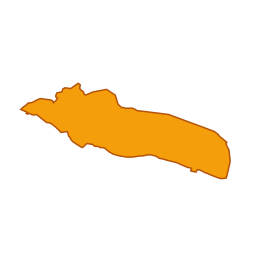 outline of Maiha, Adamawa, Nigeria, rotated 286°
{"feature_id": "59680162B24409102010221", "entity_name": "Maiha", "entity_type": "district", "adm_level": 2, "iso_a3": "NGA", "parent_name": "Nigeria", "parent_adm1": "Adamawa", "projection": "natural_earth1", "projection_center": [13.146, 9.868], "detail": "fine", "context": "isolated", "style": "filled", "palette": "amber", "viewbox_px": 256, "rotation_deg": 286, "n_neighbors": 0, "source": "geoboundaries", "source_scale": "gbopen_adm2", "svg_char_len": 1877}
<svg xmlns="http://www.w3.org/2000/svg" viewBox="0 0 256 256"><g transform="rotate(286 128 128)"><path d="M116.2,19.8L115.8,23.5L115.5,26.1L115.1,27.0L114.0,26.2L113.6,27.6L114.8,28.8L114.5,31.3L114.4,33.6L115.2,35.0L115.6,36.7L114.9,38.5L114.2,40.2L113.2,42.4L110.9,48.2L111.3,52.0L111.1,52.6L109.6,56.8L107.7,60.6L105.3,64.9L107.8,70.5L105.9,72.0L103.8,73.2L102.9,75.2L101.7,75.6L100.8,77.0L99.8,78.3L98.6,81.8L98.2,83.3L97.7,84.9L97.6,85.4L96.8,88.0L96.8,89.8L101.7,92.7L102.5,98.5L101.2,100.9L102.1,104.6L101.5,106.6L102.4,110.5L99.8,116.7L99.4,118.6L98.8,120.8L98.8,122.1L98.8,126.9L99.7,134.9L100.0,135.7L100.9,139.1L102.1,142.2L103.9,146.0L105.4,150.2L106.9,153.0L108.4,156.5L108.7,162.4L107.5,166.5L107.8,169.7L107.8,176.3L108.1,182.2L108.1,184.8L107.2,190.8L106.6,195.7L106.8,198.1L106.7,200.2L104.1,200.1L104.1,202.5L104.4,205.5L107.1,206.1L107.4,208.6L107.1,210.6L106.5,213.4L106.2,215.8L106.2,216.9L106.2,217.9L105.9,218.8L105.4,222.9L105.2,225.6L104.9,229.0L105.1,231.9L107.0,236.2L109.6,236.2L116.1,235.9L117.5,235.8L122.1,235.6L123.8,235.4L126.6,234.5L129.8,233.1L133.2,231.8L134.2,231.2L135.5,230.4L137.3,228.6L137.9,227.9L140.6,226.4L141.5,226.9L144.4,220.3L144.6,219.3L146.9,215.9L148.0,213.0L148.5,211.3L150.2,189.9L150.5,184.9L152.2,163.4L149.9,148.6L148.1,137.4L147.2,132.2L148.0,129.2L148.3,126.7L146.3,120.3L146.4,118.2L146.2,117.1L145.9,116.0L146.7,114.6L147.2,113.6L147.4,113.1L148.6,111.5L153.9,108.1L156.1,106.6L159.2,96.7L152.9,84.3L148.1,78.3L148.4,76.5L150.3,75.5L151.5,72.5L152.7,70.7L154.0,70.4L156.2,70.3L156.7,69.2L157.2,67.8L150.1,62.0L150.0,61.1L149.3,56.4L147.6,54.6L144.4,54.4L142.3,50.1L139.7,49.6L138.0,50.0L137.4,52.0L134.5,51.2L131.7,49.3L132.6,48.6L133.3,48.1L133.7,46.4L132.5,38.1L132.1,35.5L129.4,32.2L126.1,28.9L124.3,25.0L121.7,23.6L120.0,22.1L119.0,21.4L116.2,19.8Z" fill="#f59e0b" stroke="#b45309" stroke-width="1.5"/></g></svg>